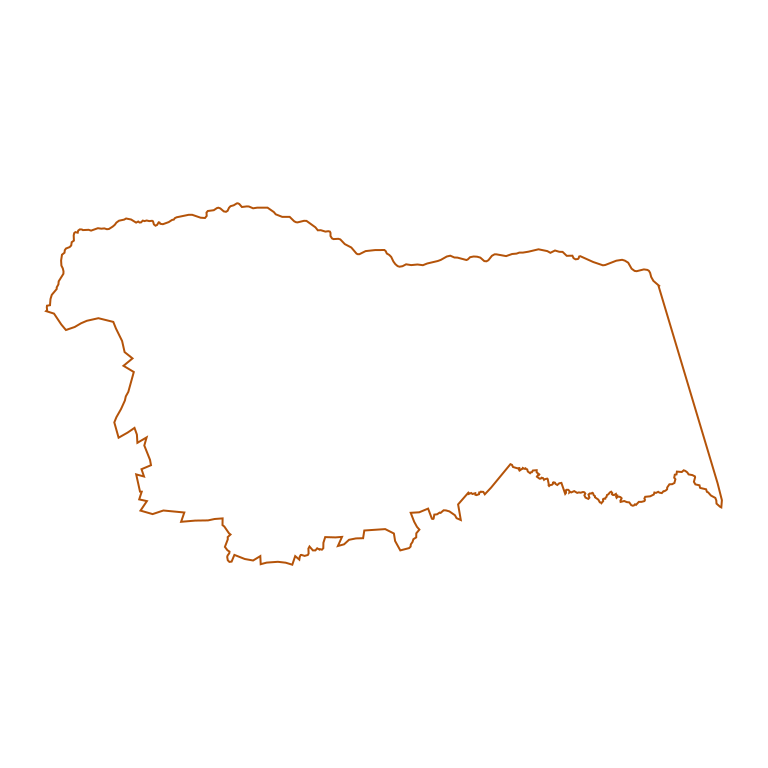 the district of Vhembe, Limpopo, South Africa
{"feature_id": "47623444B95982048670815", "entity_name": "Vhembe", "entity_type": "district", "adm_level": 2, "iso_a3": "ZAF", "parent_name": "South Africa", "parent_adm1": "Limpopo", "projection": "albers", "projection_center": [30.242, -22.781], "detail": "fine", "context": "isolated", "style": "outline", "palette": "amber", "viewbox_px": 768, "rotation_deg": 0, "n_neighbors": 0, "source": "geoboundaries", "source_scale": "gbopen_adm2", "svg_char_len": 6085}
<svg xmlns="http://www.w3.org/2000/svg" viewBox="0 0 768 768"><path d="M335.5,537.4L342.0,536.9L337.9,546.0L344.1,544.3L349.0,539.8L356.0,538.4L363.1,538.2L364.3,530.5L385.2,529.1L393.9,533.5L395.1,541.0L400.3,550.4L409.1,548.1L410.6,546.6L410.8,544.4L412.5,542.0L413.4,539.2L416.2,537.4L416.3,533.3L419.4,529.6L417.0,526.9L414.2,521.8L410.7,512.8L419.2,512.3L428.1,508.6L431.9,518.7L433.0,519.0L433.6,518.6L434.3,514.6L437.1,514.3L439.6,512.6L440.6,512.9L443.6,510.3L445.9,510.4L449.4,511.4L454.9,515.2L456.6,518.2L460.8,520.0L458.1,504.4L468.4,492.6L469.2,493.3L469.1,493.8L471.2,493.0L472.4,494.0L475.3,493.2L475.4,494.8L476.5,495.1L479.0,494.2L479.2,492.4L480.7,492.2L480.9,491.7L483.3,491.9L484.8,494.3L491.1,487.6L510.4,464.2L512.0,464.9L513.0,467.0L517.4,468.3L519.1,468.1L518.8,469.3L519.5,470.6L520.6,470.0L520.8,469.3L522.6,468.8L522.8,468.0L524.5,468.8L525.5,468.3L525.9,469.0L527.2,469.4L527.8,471.5L530.1,473.2L530.9,472.3L531.9,472.2L532.9,470.5L536.7,470.2L536.7,472.4L539.3,474.4L538.7,475.2L537.9,475.1L536.9,476.7L539.6,478.7L540.8,478.6L541.5,477.7L543.0,478.1L544.0,479.8L544.5,479.3L547.2,478.6L547.7,479.1L548.7,483.9L548.6,485.4L549.1,486.0L549.9,485.2L552.1,484.7L553.1,483.6L553.0,482.6L553.6,482.3L555.0,482.7L555.5,483.9L557.3,485.0L559.2,483.3L561.4,482.9L565.2,493.9L566.0,492.9L565.9,490.3L566.5,489.8L568.2,489.8L568.8,490.3L569.6,491.4L569.4,492.5L570.3,491.9L571.3,492.4L574.2,491.1L577.2,492.9L578.8,492.4L580.7,492.7L583.0,492.0L584.4,492.3L585.3,493.5L584.4,495.3L585.5,497.6L588.3,498.9L589.4,497.7L588.5,494.5L590.0,493.4L591.1,493.6L592.3,492.8L593.0,493.2L593.7,495.2L595.0,496.2L595.0,497.3L598.3,499.6L599.8,502.3L600.9,502.5L601.4,503.2L603.2,501.1L603.0,499.3L603.5,498.8L605.3,498.7L605.5,497.7L606.5,496.9L607.0,495.0L608.4,494.3L609.8,492.5L611.2,491.7L612.3,493.1L611.9,494.2L612.7,494.9L614.0,495.1L615.9,493.9L616.2,495.0L617.0,495.3L616.1,496.6L616.6,497.8L617.5,496.9L618.9,496.6L620.4,497.1L621.5,498.0L621.6,498.5L620.4,500.7L620.6,501.9L624.2,501.0L626.8,502.1L629.3,502.4L631.2,505.1L632.7,505.7L633.8,505.5L635.0,504.3L636.0,504.9L638.8,501.9L641.4,501.9L644.4,501.1L645.0,499.9L644.4,498.5L645.2,496.8L650.2,496.3L653.8,494.5L654.4,492.5L656.0,492.9L658.2,491.8L659.3,492.6L661.8,493.1L663.5,491.2L664.4,491.2L666.0,490.3L667.1,489.3L667.2,487.5L669.4,484.3L672.1,484.2L674.4,483.0L675.4,479.2L674.2,477.7L674.8,474.7L676.5,474.4L676.9,471.6L681.8,472.0L683.7,470.3L685.3,470.9L687.3,472.4L688.6,474.4L692.4,475.1L694.9,476.4L695.1,477.3L693.9,481.8L695.4,484.4L699.5,485.3L700.0,487.7L700.5,488.0L706.1,489.3L706.9,491.8L708.2,492.4L710.9,495.5L715.3,497.9L716.3,500.4L716.5,503.6L720.1,506.8L721.3,507.4L721.9,500.2L717.6,483.3L658.6,286.2L659.1,285.8L653.4,280.9L651.2,277.0L650.1,272.8L648.9,270.8L647.4,269.9L643.9,269.4L636.6,271.2L634.6,270.9L631.6,268.7L628.2,262.7L624.8,260.6L622.1,259.8L616.3,260.7L605.2,265.0L602.9,265.3L593.2,262.0L580.3,256.2L579.2,256.5L578.6,258.3L577.9,259.0L575.5,259.3L573.6,258.2L572.4,255.7L566.7,255.8L562.6,251.9L559.3,251.8L555.0,250.5L550.4,252.8L547.3,251.1L538.5,249.3L528.4,251.7L522.9,252.6L519.3,252.6L516.6,253.6L512.1,254.0L506.1,256.1L496.2,254.3L494.6,254.3L491.9,255.8L488.4,260.2L486.5,261.3L484.3,261.1L480.3,257.6L477.1,256.7L473.6,256.5L470.1,257.2L467.7,259.5L466.4,260.0L457.4,257.6L454.4,257.5L450.3,255.7L446.8,256.5L440.8,259.9L437.8,261.0L427.2,263.5L422.9,265.2L417.5,264.5L411.2,265.1L406.1,264.3L402.5,266.2L399.5,266.7L397.6,266.1L395.3,264.1L393.4,261.5L391.2,256.9L389.2,254.9L386.8,253.5L385.7,251.1L384.4,250.0L374.8,250.1L365.6,251.1L359.4,254.2L357.7,254.2L356.5,253.6L351.3,247.5L344.8,244.1L340.3,239.4L338.3,238.8L333.5,239.1L332.0,238.4L330.5,236.0L330.5,232.9L329.9,231.6L328.3,231.2L325.4,231.6L320.8,230.2L317.8,230.3L315.4,227.3L306.5,220.9L304.0,220.8L297.5,222.4L296.0,222.2L294.2,221.3L289.7,216.9L282.3,216.9L275.7,214.3L273.9,212.1L267.6,207.7L257.0,207.7L253.1,208.3L248.9,206.5L246.8,206.4L241.9,207.0L239.3,204.0L237.8,203.3L236.8,203.4L233.7,205.3L230.5,206.2L229.0,207.8L227.6,210.8L226.0,211.8L223.8,211.4L220.3,208.4L218.3,207.7L216.9,208.1L213.8,210.2L207.8,211.0L206.5,212.6L206.7,215.9L205.0,218.0L200.6,217.7L192.2,214.8L188.7,214.8L176.6,217.3L174.8,218.2L173.8,219.6L172.1,219.9L168.7,222.1L162.9,224.2L160.3,223.8L159.5,222.5L158.7,222.3L157.1,224.9L155.5,225.7L153.9,224.4L153.0,221.3L152.1,220.8L149.2,221.1L146.7,220.5L144.5,221.1L142.8,220.6L141.0,222.4L139.5,222.5L138.2,221.5L136.1,222.6L131.1,219.5L126.1,218.5L124.2,219.6L119.0,220.7L116.4,222.6L114.8,224.8L112.7,226.6L108.9,229.0L106.9,229.2L104.3,228.4L101.4,228.7L97.9,228.2L91.1,230.6L88.6,229.8L82.9,230.1L81.9,229.5L79.8,229.4L78.2,230.6L77.7,232.7L75.4,232.1L74.2,233.1L73.7,235.4L73.9,240.6L71.7,242.2L71.2,245.5L69.6,247.1L66.0,248.5L64.8,250.2L64.5,252.7L62.0,254.7L61.1,260.5L61.4,265.6L62.8,268.4L63.5,271.3L63.4,273.8L58.7,281.3L58.4,284.4L56.7,287.4L56.7,289.0L51.8,294.8L50.5,299.0L50.0,305.2L47.0,305.7L46.8,307.2L47.1,310.1L46.1,311.1L54.0,313.6L61.3,324.5L65.9,330.0L74.7,327.0L81.0,323.3L86.8,320.8L98.4,318.2L113.3,321.9L115.9,328.4L122.1,341.0L124.6,352.1L132.5,358.4L123.5,365.8L133.8,372.0L128.3,391.9L125.8,396.4L124.9,400.5L121.0,409.1L116.4,417.2L114.3,422.4L118.6,437.7L127.6,432.6L134.5,427.9L136.9,434.6L137.4,442.8L146.6,437.4L144.3,445.5L150.0,459.8L151.0,465.2L141.5,469.2L144.0,476.5L136.2,474.4L140.0,491.6L141.7,491.7L139.2,499.4L146.9,501.1L140.5,510.6L152.6,514.1L163.4,510.5L184.3,512.5L181.1,521.8L195.2,520.6L208.0,520.4L214.6,519.0L222.6,518.4L222.5,525.1L224.3,526.5L229.0,533.3L230.5,534.5L227.7,537.1L227.8,539.3L224.9,546.9L227.4,550.2L229.5,551.6L229.3,553.2L227.6,555.5L227.2,557.0L227.8,560.3L229.4,561.9L231.6,561.6L234.4,554.9L244.8,559.0L253.1,560.5L260.3,556.1L260.7,564.2L266.7,562.6L277.9,561.8L285.7,562.7L292.3,564.7L295.2,556.1L299.3,559.6L299.8,556.6L300.7,555.0L301.4,554.9L304.6,555.9L307.8,555.0L308.6,553.5L308.4,548.6L309.5,546.5L312.9,550.4L315.4,550.4L317.2,548.3L319.5,549.6L319.9,549.1L321.9,549.7L323.3,548.2L323.4,542.8L325.2,537.1L335.5,537.4Z" fill="none" stroke="#b45309" stroke-width="2"/></svg>